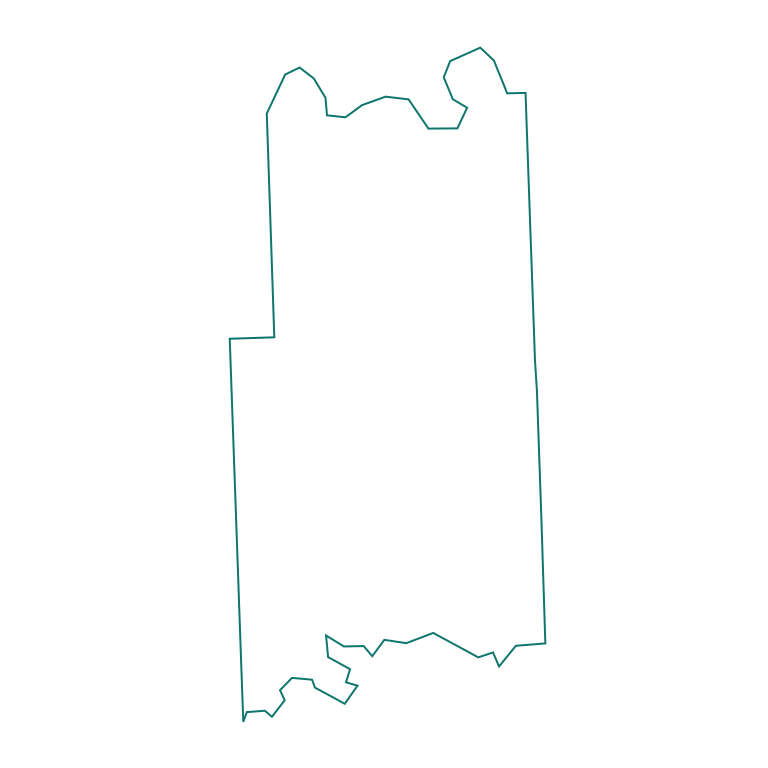 Seminole, Oklahoma, United States of America, rotated 178°
{"feature_id": "52423323B44953596645319", "entity_name": "Seminole", "entity_type": "district", "adm_level": 2, "iso_a3": "USA", "parent_name": "United States of America", "parent_adm1": "Oklahoma", "projection": "robinson", "projection_center": [-96.601, 35.162], "detail": "fine", "context": "isolated", "style": "outline", "palette": "teal", "viewbox_px": 768, "rotation_deg": 178, "n_neighbors": 0, "source": "geoboundaries", "source_scale": "gbopen_adm2", "svg_char_len": 801}
<svg xmlns="http://www.w3.org/2000/svg" viewBox="0 0 768 768"><g transform="rotate(178 384 384)"><path d="M370.8,124.2L343.5,133.5L299.3,107.5L284.4,111.9L278.9,97.7L261.3,117.8L231.8,119.1L231.4,244.8L231.4,371.6L232.3,403.1L232.4,670.0L250.7,670.2L262.9,703.5L276.1,716.8L306.6,704.4L313.6,688.4L305.2,666.1L291.3,657.2L301.7,636.9L330.7,637.7L349.5,667.6L372.4,671.1L396.2,663.5L413.2,651.9L431.6,654.5L432.5,672.1L443.5,691.8L457.3,703.2L471.9,696.8L491.7,658.4L492.0,434.5L536.6,434.6L536.5,244.7L536.5,138.9L536.4,51.2L532.6,60.9L514.4,61.6L507.6,55.3L494.3,71.4L498.6,81.6L486.2,93.5L466.2,91.0L463.6,83.0L434.4,65.8L421.0,83.4L432.4,87.2L427.9,100.2L449.4,113.0L450.7,134.7L433.3,123.1L413.5,122.8L405.2,112.4L392.6,128.3L370.8,124.2Z" fill="none" stroke="#0f766e" stroke-width="2"/></g></svg>